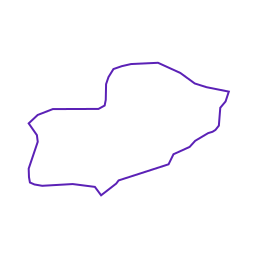 outline of Železniki, rotated 352°
{"feature_id": "SVN-1020", "entity_name": "Železniki", "entity_type": "Municipality", "adm_level": 1, "iso_a3": "SVN", "parent_name": "Slovenia", "parent_adm1": "", "projection": "robinson", "projection_center": [14.116, 46.221], "detail": "fine", "context": "isolated", "style": "outline", "palette": "violet", "viewbox_px": 256, "rotation_deg": 352, "n_neighbors": 0, "source": "natural_earth", "source_scale": "10m", "svg_char_len": 609}
<svg xmlns="http://www.w3.org/2000/svg" viewBox="0 0 256 256"><g transform="rotate(352 128 128)"><path d="M166.8,67.6L187.5,80.8L200.3,93.2L211.4,98.5L232.9,106.0L228.3,115.3L222.2,120.8L218.3,138.3L214.3,142.1L211.2,143.5L206.7,144.2L192.8,150.0L186.4,155.3L169.4,160.3L163.1,169.6L111.4,178.6L108.6,181.4L92.0,190.9L87.0,181.7L65.4,175.8L35.0,173.3L27.5,170.9L23.3,168.3L23.1,162.9L24.0,154.4L36.7,129.1L36.8,122.4L30.3,109.6L40.4,102.5L56.2,98.8L101.4,105.0L108.0,102.5L109.9,97.0L112.4,81.5L115.8,74.8L121.8,67.6L130.5,65.9L139.9,65.1L166.8,67.6Z" fill="none" stroke="#5b21b6" stroke-width="2"/></g></svg>